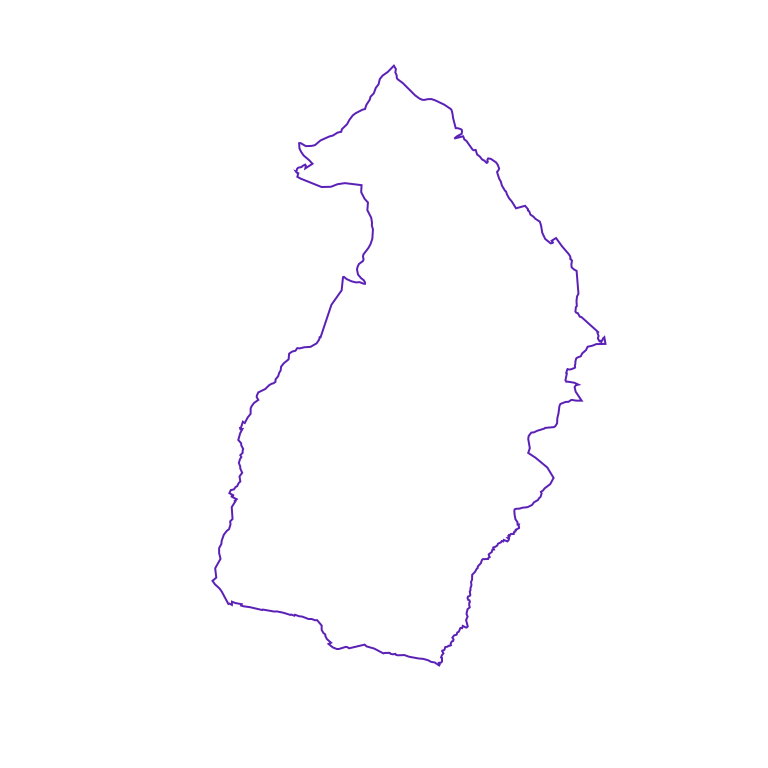 Slanic, Prahova, Romania (Robinson projection), rotated 34°
{"feature_id": "2599482B89499575476791", "entity_name": "Slanic", "entity_type": "district", "adm_level": 2, "iso_a3": "ROU", "parent_name": "Romania", "parent_adm1": "Prahova", "projection": "robinson", "projection_center": [25.946, 45.239], "detail": "fine", "context": "isolated", "style": "outline", "palette": "violet", "viewbox_px": 768, "rotation_deg": 34, "n_neighbors": 0, "source": "geoboundaries", "source_scale": "gbopen_adm2", "svg_char_len": 6165}
<svg xmlns="http://www.w3.org/2000/svg" viewBox="0 0 768 768"><g transform="rotate(34 384 384)"><path d="M534.1,607.7L534.7,606.8L539.1,603.7L540.4,604.0L542.4,603.2L544.3,601.4L544.9,601.9L547.0,601.3L552.5,597.3L557.0,596.2L566.2,592.2L570.1,590.0L575.2,588.3L578.2,588.1L581.8,586.5L587.1,586.5L587.0,585.3L585.5,584.4L587.0,583.2L587.3,581.7L585.3,578.7L584.2,578.8L583.7,576.5L583.9,574.1L581.5,572.9L581.4,572.3L582.5,571.3L582.7,570.5L581.9,567.8L583.6,566.2L583.8,565.0L584.7,564.5L585.6,563.1L584.6,562.4L584.2,560.5L584.2,559.5L585.0,558.4L584.5,556.9L582.5,556.0L582.7,553.2L584.4,551.2L583.7,549.1L584.5,547.5L583.8,543.6L585.3,542.7L584.6,540.5L588.0,540.1L588.7,539.6L589.0,538.2L584.0,533.7L583.4,530.1L580.9,528.4L579.2,524.0L580.0,521.3L578.0,519.3L577.0,517.6L577.1,516.6L575.7,515.5L574.5,515.9L573.0,514.8L572.5,513.4L573.6,511.6L573.6,510.7L571.1,508.0L571.1,506.7L569.9,505.1L569.0,501.9L566.9,499.5L566.4,496.9L563.8,492.9L564.5,488.9L564.2,485.3L564.6,484.2L563.8,482.8L564.5,478.3L563.7,475.6L563.7,474.1L568.1,470.9L567.8,469.6L568.4,468.4L566.3,467.1L566.1,466.6L567.3,463.0L566.5,460.8L567.7,459.7L566.1,458.8L566.0,458.3L567.2,456.9L568.2,454.7L567.8,452.6L569.5,449.9L569.4,448.4L570.9,447.8L570.5,446.3L574.3,445.5L574.6,443.9L574.2,442.4L572.5,442.4L573.3,441.2L572.2,440.4L573.0,439.7L572.2,439.0L573.0,438.4L573.2,437.2L575.4,435.8L574.6,434.1L575.4,432.9L574.8,432.0L575.2,431.4L574.8,431.0L576.5,428.0L575.9,426.9L574.7,426.2L574.4,425.0L573.3,425.8L571.9,423.9L568.7,422.7L565.7,419.7L563.2,416.6L562.4,414.9L563.4,413.5L566.2,411.4L567.7,409.4L571.9,405.8L574.4,401.5L574.5,398.2L576.5,394.1L576.4,392.0L576.9,390.1L575.9,386.6L574.4,385.7L575.4,383.3L575.5,380.7L577.8,374.1L577.1,367.0L566.1,361.9L550.9,360.4L542.1,360.5L540.8,355.7L534.3,348.9L533.0,346.1L533.3,341.9L535.3,340.3L537.1,337.2L541.8,331.4L542.1,330.3L549.0,324.7L549.6,323.1L549.5,319.9L546.8,315.4L545.1,310.8L541.8,304.3L541.4,301.9L544.5,297.4L547.0,295.5L547.9,293.0L548.7,292.1L552.7,290.3L557.2,287.3L547.2,283.2L543.7,279.9L543.8,277.7L545.5,275.8L541.1,276.5L534.8,279.4L533.9,280.2L532.3,279.4L529.7,273.0L528.9,273.0L527.8,269.4L527.8,269.0L529.2,268.6L530.8,267.3L533.1,264.0L533.0,263.1L531.8,261.9L531.5,260.5L530.2,258.5L529.1,255.6L529.3,254.3L531.6,251.0L531.2,247.8L532.5,243.0L532.0,239.2L535.2,235.9L537.7,232.2L545.2,226.9L540.5,222.0L540.1,223.8L540.6,226.1L539.2,227.3L540.1,227.8L538.8,228.1L535.8,226.6L535.0,224.2L532.1,222.0L532.4,221.2L510.3,218.1L508.6,218.7L505.2,216.9L503.5,217.4L502.2,216.9L500.1,213.0L500.3,211.6L497.2,207.6L495.1,203.5L494.7,200.4L480.4,182.5L477.7,182.8L474.4,182.4L472.5,180.2L470.8,176.5L468.4,176.1L468.3,175.3L466.8,174.0L464.5,173.0L454.9,170.4L445.0,166.8L442.9,171.5L444.9,172.2L444.9,172.8L444.1,173.7L443.5,174.2L436.5,173.6L430.6,170.1L425.9,165.1L422.5,162.3L417.1,162.4L414.3,161.7L410.7,161.7L407.8,159.6L406.2,159.6L405.7,158.6L401.3,157.4L395.2,164.5L387.8,161.2L383.6,160.0L379.7,157.9L377.6,156.2L376.2,156.1L370.7,153.5L367.6,150.8L365.0,149.6L359.7,145.5L359.1,144.8L359.4,143.1L359.0,141.0L355.6,138.6L352.9,137.6L346.8,137.6L344.2,138.7L344.4,140.5L345.7,141.7L345.9,142.6L345.4,143.3L342.3,142.7L339.7,143.0L336.1,141.8L332.9,141.7L329.1,138.7L327.6,140.1L326.2,140.1L316.2,136.3L314.0,136.4L311.1,134.4L305.0,141.2L306.2,137.3L308.5,133.2L307.3,130.7L306.2,129.8L305.0,129.8L302.1,130.7L300.4,131.8L293.0,125.3L289.4,121.4L286.8,119.1L285.5,118.7L277.9,118.7L267.9,120.2L264.1,121.2L261.1,123.3L258.5,126.0L256.7,127.0L254.0,127.5L248.3,127.3L231.3,124.0L224.7,123.7L223.3,123.0L222.0,121.1L219.1,119.3L217.7,116.2L214.2,114.6L212.6,123.3L210.4,129.1L210.0,133.5L211.9,138.6L211.6,143.1L213.0,148.7L212.2,153.4L213.2,156.2L213.3,162.4L214.5,166.7L212.7,168.7L209.1,175.3L207.9,178.8L207.6,184.3L208.1,189.3L206.6,196.4L207.5,198.8L204.9,201.6L202.7,206.6L200.3,209.3L195.2,217.5L193.2,224.6L190.7,227.2L186.2,230.5L180.2,230.9L179.0,231.8L182.1,235.9L185.5,237.9L189.6,239.5L196.7,240.3L201.6,241.4L198.2,249.2L197.2,246.8L196.0,246.2L194.6,248.6L194.3,250.3L192.0,252.5L191.6,254.2L192.7,257.0L192.2,257.1L193.5,257.6L195.1,257.2L196.3,260.7L200.3,260.3L222.1,255.6L229.8,250.1L233.7,244.4L239.3,239.3L254.2,231.7L257.8,237.7L264.3,241.3L269.2,242.5L273.0,249.2L280.4,253.3L283.9,257.0L285.3,259.4L288.4,262.0L293.1,270.1L294.6,275.6L295.0,280.0L294.5,288.0L295.1,289.8L297.4,292.2L297.8,293.7L296.1,298.6L296.7,302.0L297.5,304.1L301.3,307.8L305.9,309.1L309.2,309.3L311.3,310.3L312.2,311.5L310.9,312.3L306.8,313.2L304.1,315.4L299.7,317.0L294.5,317.9L290.8,317.6L290.3,318.4L296.5,330.0L296.1,347.7L305.3,380.8L304.5,381.2L305.4,383.4L305.4,388.0L302.3,394.3L297.5,398.0L294.2,401.6L292.0,402.8L292.0,406.0L289.7,408.5L288.4,411.9L291.1,416.9L289.3,423.0L289.0,427.2L290.8,430.7L290.8,433.0L291.9,436.8L291.5,440.8L292.8,442.9L292.0,445.2L290.8,446.5L289.5,449.0L288.4,454.5L284.5,461.2L285.0,464.5L285.7,466.0L288.7,467.5L286.8,472.5L286.7,476.4L287.1,478.8L290.1,483.3L289.7,488.1L290.4,494.2L288.1,494.2L289.8,500.1L289.2,500.9L290.3,501.8L291.8,500.5L292.3,505.3L294.5,511.9L298.7,513.0L300.0,514.7L303.6,516.6L303.9,518.0L305.3,520.1L304.7,523.4L306.6,524.3L306.6,526.7L307.8,530.6L310.7,532.6L312.3,534.6L316.1,536.9L315.9,541.4L319.4,545.2L318.9,547.3L319.4,550.9L318.6,552.2L318.5,555.3L316.3,557.6L316.9,561.0L321.2,560.5L321.4,560.9L320.5,562.4L320.8,562.6L326.3,561.9L325.7,564.2L326.4,564.2L326.6,571.2L333.9,580.6L333.3,583.9L335.3,586.3L336.7,591.0L335.8,593.6L335.5,598.6L337.1,604.8L338.6,607.5L339.1,612.3L341.9,616.4L346.2,620.3L347.1,631.2L353.2,638.3L351.9,643.1L355.9,644.6L361.9,645.5L365.3,646.7L378.0,653.4L378.6,652.5L381.4,652.2L379.7,649.5L383.3,648.7L389.2,646.1L389.4,647.6L391.5,647.0L397.6,644.0L409.4,639.5L409.6,638.8L420.3,634.0L422.4,632.4L428.5,629.9L435.5,627.8L435.9,627.1L439.3,626.2L439.2,625.1L443.5,624.0L446.4,622.5L452.7,621.1L455.6,619.2L458.8,618.5L460.6,617.2L467.4,619.1L469.8,622.7L473.0,624.3L475.4,624.5L476.4,625.8L479.3,627.4L484.8,628.1L483.4,630.5L488.8,631.0L493.1,630.1L494.8,628.9L499.4,623.2L500.9,622.6L502.8,622.7L513.7,610.9L516.2,611.3L523.9,608.8L534.1,607.7Z" fill="none" stroke="#5b21b6" stroke-width="2"/></g></svg>